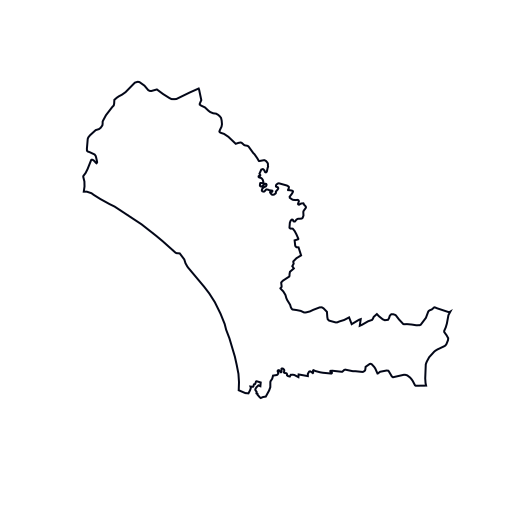 Dien Chau, Nghệ An, Vietnam, rotated 137°
{"feature_id": "81297802B64936965881183", "entity_name": "Dien Chau", "entity_type": "district", "adm_level": 2, "iso_a3": "VNM", "parent_name": "Vietnam", "parent_adm1": "Nghệ An", "projection": "mercator", "projection_center": [105.563, 19.021], "detail": "fine", "context": "isolated", "style": "outline", "palette": "ink", "viewbox_px": 512, "rotation_deg": 137, "n_neighbors": 0, "source": "geoboundaries", "source_scale": "gbopen_adm2", "svg_char_len": 6103}
<svg xmlns="http://www.w3.org/2000/svg" viewBox="0 0 512 512"><g transform="rotate(137 256 256)"><path d="M360.2,169.6L357.3,163.0L355.2,160.7L352.1,161.8L350.3,162.7L349.5,163.3L349.1,164.3L347.4,162.4L346.9,162.4L345.3,163.4L344.9,163.5L344.2,163.0L343.6,163.1L341.6,164.2L341.0,164.0L338.8,160.3L341.6,157.8L342.4,159.7L345.1,159.7L346.6,159.3L347.4,159.0L347.9,158.4L348.2,156.2L348.8,155.6L349.3,155.4L349.4,155.0L348.9,154.2L349.5,153.4L349.6,150.0L349.4,148.9L347.1,148.1L344.7,146.5L338.1,148.7L335.0,150.3L331.4,154.1L330.7,154.5L327.8,155.2L325.1,156.9L322.0,154.8L321.3,154.6L319.8,154.9L319.3,155.6L318.8,156.9L318.3,157.3L317.7,157.3L317.1,156.9L317.2,154.7L317.2,154.1L316.8,153.8L316.3,153.9L314.4,156.1L313.8,156.1L313.4,155.7L313.0,155.0L313.0,153.7L313.3,153.1L315.0,151.7L314.8,150.9L313.7,149.4L313.9,148.3L314.7,147.5L314.5,146.4L313.5,144.8L311.6,145.4L310.0,144.0L309.1,142.8L307.6,138.5L305.6,140.3L300.0,132.8L298.4,134.5L296.0,135.2L295.1,134.8L294.7,133.8L294.3,131.6L293.9,131.6L292.3,133.4L291.8,133.3L291.1,131.5L288.4,127.2L286.8,125.1L281.5,119.1L281.0,118.6L280.4,118.6L280.1,118.8L280.0,119.1L280.4,120.8L280.0,121.2L279.7,121.1L278.3,119.9L272.4,113.0L271.8,112.5L269.2,112.5L268.2,112.0L263.9,105.9L262.0,104.1L257.3,98.7L256.8,98.3L255.2,97.9L254.2,98.0L253.4,98.5L251.4,100.2L246.5,99.5L245.8,99.1L245.2,98.0L245.2,94.3L245.5,92.4L247.3,87.2L247.1,87.0L244.2,86.7L238.6,83.2L237.5,81.9L237.5,81.2L238.8,75.3L238.5,73.9L228.9,68.3L227.7,67.1L226.8,65.5L226.2,62.0L226.3,59.7L226.6,57.7L227.9,53.0L227.7,52.2L220.0,45.2L218.7,47.4L215.7,51.1L205.8,60.9L204.4,61.7L202.8,62.4L198.3,63.9L190.9,64.5L189.4,64.4L187.0,63.9L179.4,61.5L178.4,61.4L176.8,61.7L173.0,63.5L171.5,64.8L170.7,68.0L170.2,72.0L169.8,72.5L169.4,72.9L165.9,74.4L162.5,76.4L155.6,81.5L151.8,82.8L152.7,83.0L153.5,83.8L159.2,94.2L160.3,96.6L160.8,96.9L163.9,97.0L165.9,97.8L167.1,98.0L167.9,97.9L173.9,94.9L182.4,93.4L183.5,93.8L186.0,96.0L188.8,99.6L192.1,103.3L193.9,104.8L194.4,105.3L194.7,105.8L194.7,112.1L194.2,117.2L194.4,118.0L195.3,119.7L196.6,121.0L197.3,121.2L199.0,121.0L201.1,119.8L203.0,119.3L205.6,121.2L206.5,123.3L207.2,128.3L207.2,131.1L211.4,131.2L213.3,130.4L214.7,130.1L218.5,131.8L225.4,133.4L227.7,134.2L222.5,138.4L224.1,139.1L232.5,140.9L229.8,147.6L235.2,149.1L239.5,151.2L241.9,152.1L243.1,153.2L246.6,158.9L246.7,160.8L245.5,162.7L242.2,166.8L242.3,171.7L242.9,173.6L244.5,175.0L250.9,177.6L254.4,178.7L258.2,180.8L259.4,182.0L260.7,185.3L263.2,188.8L265.8,192.0L265.9,192.9L265.5,194.7L264.3,197.1L263.2,202.6L262.5,204.6L261.1,207.3L260.9,208.1L260.2,211.5L260.3,215.6L260.0,215.8L258.5,215.9L257.9,216.4L255.8,219.3L255.2,219.5L253.1,219.6L245.7,218.3L245.0,218.7L243.7,220.0L241.9,221.3L236.8,221.1L236.4,223.8L233.7,224.7L232.8,226.2L232.4,226.6L227.9,226.8L222.6,225.7L219.0,233.3L220.4,234.8L220.5,236.0L220.3,236.8L217.1,241.1L213.8,239.5L213.4,239.6L213.2,239.9L211.7,244.2L210.7,247.9L210.5,250.8L210.8,251.3L212.1,252.5L212.3,253.6L212.1,254.0L208.6,257.2L206.8,258.1L205.4,258.3L204.8,258.1L204.4,257.4L204.9,255.9L204.7,255.3L204.0,254.7L201.7,255.0L200.4,254.8L199.7,254.4L197.5,252.5L196.6,252.1L195.9,252.1L193.7,253.2L191.5,255.8L190.9,256.3L190.1,256.6L186.9,257.2L186.2,257.6L185.9,258.2L185.8,259.3L185.9,260.4L185.4,262.2L187.2,263.6L189.6,264.2L189.9,264.9L189.8,265.4L187.3,266.8L187.0,267.5L187.0,268.1L187.4,268.8L188.7,269.7L190.6,271.8L191.0,272.7L191.6,275.5L191.0,276.4L187.0,277.1L185.1,277.8L184.8,278.3L185.1,279.3L186.3,280.9L187.6,282.3L187.4,282.6L186.2,283.0L185.4,283.5L184.8,284.3L185.1,285.9L185.6,286.9L189.5,293.3L190.1,293.9L190.6,294.1L192.2,294.3L192.8,294.2L193.6,293.7L194.0,293.2L193.9,292.6L193.2,291.5L193.3,290.8L193.6,290.3L194.2,290.0L195.1,289.8L197.5,289.6L198.4,288.6L198.9,288.4L200.9,288.6L201.7,289.1L202.4,289.8L202.6,290.6L202.4,292.8L202.0,293.1L201.7,293.1L200.5,292.0L200.0,292.1L199.6,292.4L199.6,292.8L201.4,295.0L202.0,296.4L203.0,297.6L203.4,297.7L205.4,297.5L206.2,297.6L206.8,298.2L207.2,299.0L207.2,299.7L206.8,300.2L206.0,300.7L205.0,301.0L203.4,300.9L201.2,300.2L200.3,300.5L199.7,300.9L199.4,301.7L199.8,302.4L200.2,302.7L204.4,302.9L204.9,303.3L205.2,304.2L205.2,304.7L204.8,305.2L203.3,306.4L202.9,306.3L201.1,304.4L200.7,304.4L200.2,305.0L199.1,307.1L198.9,308.4L199.0,309.4L200.1,311.3L200.2,311.9L199.9,312.4L199.5,312.6L198.3,311.9L197.9,312.0L197.6,312.4L197.4,313.8L193.2,315.6L191.7,314.9L191.5,314.3L191.5,312.7L192.0,311.8L192.1,311.2L192.0,310.7L191.5,310.3L190.9,310.3L190.3,310.5L187.1,312.7L186.3,313.0L185.4,314.3L184.5,315.1L184.0,316.4L183.9,318.6L184.3,319.9L184.6,320.5L189.0,323.3L189.1,323.6L188.4,326.6L187.7,331.5L187.8,333.1L186.8,341.1L186.9,341.8L187.3,342.7L188.6,344.4L189.0,345.3L189.3,348.5L189.8,349.5L191.7,350.7L194.3,351.9L194.9,362.0L196.1,367.1L197.7,370.0L198.1,371.3L197.8,372.1L196.4,372.8L193.0,374.1L191.0,375.6L188.8,378.4L187.4,380.8L187.2,382.7L187.4,385.0L188.1,387.3L190.0,389.6L191.3,392.5L191.7,394.7L192.0,399.5L193.6,403.5L193.9,405.1L193.2,405.8L189.7,407.3L184.2,416.4L183.7,417.6L193.0,420.8L207.1,425.1L208.4,426.1L210.8,428.4L211.6,430.6L213.5,437.8L214.9,445.4L220.1,448.1L221.1,449.2L221.7,450.7L221.4,456.7L222.6,462.6L223.6,464.0L224.9,464.7L226.4,465.4L239.7,464.8L244.1,465.4L247.3,466.3L249.9,466.7L253.1,466.8L255.8,464.2L257.4,463.1L259.5,463.0L269.7,461.3L275.6,459.3L276.6,458.8L278.1,457.2L279.3,456.3L282.2,455.7L284.3,455.9L287.4,457.4L295.1,457.5L297.8,457.1L299.2,456.4L306.5,449.8L307.8,448.3L307.8,447.2L306.8,445.3L304.8,440.3L305.0,438.6L305.6,437.3L307.9,433.4L308.4,432.8L309.4,432.6L309.5,433.0L309.5,436.4L309.9,437.8L310.5,438.5L311.1,438.6L320.0,434.4L324.1,432.9L327.6,432.3L328.3,431.8L330.7,427.5L334.0,423.8L338.1,420.5L335.9,418.5L333.5,414.1L333.0,411.4L331.0,403.9L327.7,393.8L325.7,388.6L318.1,357.2L315.2,338.5L314.2,330.6L312.6,313.3L312.2,312.3L310.0,309.9L310.8,302.4L312.5,298.8L313.4,295.2L313.6,293.5L314.9,268.9L315.7,260.6L317.6,250.3L321.3,238.0L325.3,227.6L328.1,222.5L331.6,213.9L340.1,196.8L344.4,189.5L349.2,181.8L354.5,175.3L360.2,169.6Z" fill="none" stroke="#020617" stroke-width="2"/></g></svg>